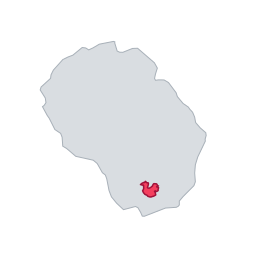 Vasilevo on a map of North Macedonia (Natural Earth projection), rotated 65°
{"feature_id": "MKD-2995", "entity_name": "Vasilevo", "entity_type": "Statistical Region", "adm_level": 1, "iso_a3": "MKD", "parent_name": "North Macedonia", "parent_adm1": "", "projection": "natural_earth1", "projection_center": [22.608, 41.545], "detail": "fine", "context": "in_parent", "style": "filled", "palette": "rose", "viewbox_px": 256, "rotation_deg": 65, "n_neighbors": 0, "source": "natural_earth", "source_scale": "10m", "svg_char_len": 2411}
<svg xmlns="http://www.w3.org/2000/svg" viewBox="0 0 256 256"><g transform="rotate(65 128 128)"><path d="M116.4,69.5L120.4,70.0L129.1,67.7L134.5,64.5L137.3,64.0L141.0,62.8L146.3,63.0L151.6,64.4L158.4,62.5L165.1,59.5L167.8,60.3L170.7,62.8L172.6,63.5L183.7,77.0L189.8,82.5L197.0,86.6L205.2,89.7L208.1,92.6L213.4,107.0L215.9,112.4L219.4,114.0L220.2,115.6L220.3,117.7L216.4,127.8L214.9,150.5L213.9,152.3L209.8,152.2L204.4,152.7L202.3,154.4L200.1,166.6L191.3,170.1L183.4,172.1L176.6,171.6L164.9,168.7L161.0,168.4L157.7,170.1L147.2,170.9L142.5,173.1L131.6,187.3L120.6,192.3L116.9,194.8L108.5,191.6L104.4,191.3L98.6,194.9L85.8,195.3L82.4,195.9L72.5,196.5L72.1,194.5L70.3,191.6L65.8,190.3L56.4,191.5L54.1,189.4L50.3,177.2L47.3,175.3L44.0,171.2L38.4,158.1L38.3,152.3L38.7,147.3L35.7,135.5L37.6,132.5L40.6,130.6L40.6,125.9L39.9,118.6L43.4,104.5L44.4,103.5L45.3,104.1L53.7,105.3L55.8,103.5L57.2,100.7L57.8,90.3L59.8,85.6L80.1,76.5L86.1,76.1L90.7,80.3L94.3,83.0L96.4,82.9L97.2,80.2L99.7,75.0L103.9,72.1L116.3,69.5L116.4,69.5Z" fill="#d9dde1" stroke="#a8b0b8" stroke-width="1"/><path d="M187.8,138.7L186.9,138.2L186.2,138.3L186.0,138.7L185.8,139.2L185.3,139.7L184.9,140.2L184.6,140.5L184.5,140.4L184.4,140.3L184.3,139.5L184.0,138.8L184.0,138.0L184.0,137.4L184.0,136.8L184.1,136.7L184.3,136.5L184.3,136.1L184.2,135.7L184.0,135.3L183.8,135.1L183.8,134.7L184.1,134.5L184.5,134.5L185.0,134.4L185.7,133.9L186.1,133.0L186.4,132.9L186.8,132.9L187.9,133.5L188.7,134.2L189.4,134.8L190.1,135.5L190.5,135.5L190.8,135.3L191.1,134.9L191.5,134.3L191.5,133.5L191.5,132.8L191.4,132.2L191.2,131.7L191.1,131.0L191.0,130.4L190.5,130.1L189.9,129.2L189.5,128.6L189.4,128.1L189.7,127.5L190.0,126.9L190.6,125.9L190.8,125.7L191.3,125.6L192.2,125.6L193.0,125.4L193.2,125.2L193.3,125.4L193.2,126.1L193.4,126.8L193.6,126.8L193.9,126.6L194.3,125.8L194.7,125.5L195.2,125.6L196.2,126.6L197.1,126.9L197.4,127.2L197.6,127.7L197.6,128.4L197.6,129.1L197.4,129.5L197.0,129.7L196.5,129.9L196.5,130.2L196.6,130.7L197.1,130.7L198.2,130.6L200.0,131.1L200.3,131.1L200.5,131.7L200.6,133.0L200.6,133.9L200.4,134.7L200.3,136.0L200.2,136.4L199.9,137.0L199.4,137.8L198.8,138.3L198.3,138.9L197.9,139.0L197.5,139.1L197.0,139.2L196.5,139.6L196.4,139.8L196.0,140.1L195.1,140.8L194.4,140.9L193.9,141.1L193.2,141.3L191.9,141.3L191.1,141.3L190.7,140.7L190.0,139.9L189.7,139.5L188.8,139.1L188.2,138.7L187.8,138.7Z" fill="#f43f5e" stroke="#9f1239" stroke-width="1.5"/></g></svg>